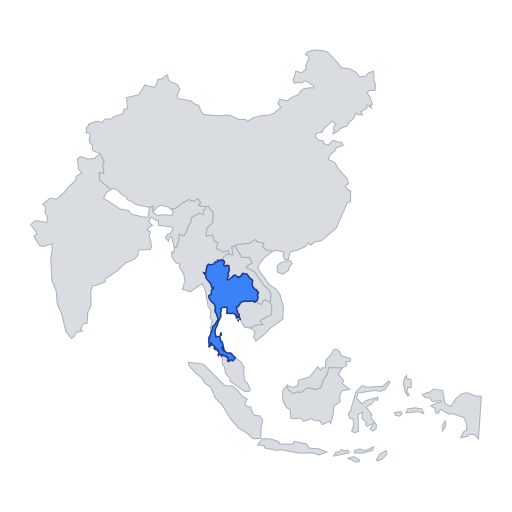 Thailand and the surrounding countries
{"feature_id": "THA", "entity_name": "Thailand", "entity_type": "country or territory", "adm_level": 0, "iso_a3": "THA", "parent_name": "Asia", "parent_adm1": "", "projection": "orthographic", "projection_center": [100.709, 13.031], "detail": "fine", "context": "with_neighbors", "style": "filled", "palette": "blue", "viewbox_px": 512, "rotation_deg": 0, "n_neighbors": 8, "source": "natural_earth", "source_scale": "50m", "svg_char_len": 15522}
<svg xmlns="http://www.w3.org/2000/svg" viewBox="0 0 512 512"><path d="M481.3,396.2L478.5,439.0L474.4,434.6L469.1,434.2L467.6,436.3L460.7,437.7L463.5,432.0L467.1,429.6L466.2,422.8L463.9,417.7L453.5,413.9L448.8,414.1L440.5,409.2L438.7,412.7L436.4,413.6L435.2,411.4L435.2,408.5L430.9,405.9L437.2,402.6L441.4,402.1L440.9,400.4L432.4,401.6L430.1,398.0L424.8,397.4L422.3,394.4L430.4,391.8L433.4,389.1L442.7,390.6L445.0,403.5L450.8,406.6L455.7,398.7L462.2,393.7L467.1,392.8L475.6,396.0L481.3,396.2ZM386.3,450.7L386.8,453.8L382.4,459.0L376.9,460.9L376.2,460.2L379.9,453.9L386.3,450.7ZM442.5,430.9L442.2,426.0L444.7,421.1L445.9,422.9L445.7,426.0L442.5,430.9ZM342.2,367.9L338.5,374.3L343.5,380.4L342.4,383.6L349.8,389.4L342.0,390.7L339.8,395.5L340.1,401.5L333.7,406.5L333.4,413.2L330.7,423.5L329.8,421.2L322.2,424.6L319.6,420.7L314.8,420.6L311.5,418.7L303.4,421.4L301.0,418.3L290.9,418.3L290.0,409.4L286.6,407.7L283.3,402.1L282.4,396.2L283.1,389.9L287.2,385.3L288.3,389.8L293.0,393.4L297.4,391.9L301.7,392.2L305.7,388.6L308.9,387.8L315.3,389.4L320.7,387.7L324.1,378.1L326.6,375.5L328.8,367.6L342.2,367.9ZM415.2,407.8L421.8,408.9L423.8,413.7L418.8,411.6L406.1,412.8L407.7,408.9L415.2,407.8ZM399.8,416.1L395.5,415.4L394.4,412.6L400.7,411.6L402.1,413.7L399.8,416.1ZM406.5,375.4L407.0,379.0L410.6,379.2L411.3,381.9L411.0,387.8L407.8,387.5L406.9,391.7L409.4,395.0L407.7,396.0L405.2,392.0L403.4,383.6L404.5,378.1L406.5,375.4ZM367.1,387.2L382.6,386.4L388.8,380.9L389.9,382.3L384.9,389.5L380.1,391.3L374.0,390.5L357.6,393.2L356.6,398.4L362.4,403.9L365.9,400.6L377.9,397.2L377.4,400.4L374.6,399.6L371.8,403.8L366.1,406.9L372.0,414.9L370.8,417.3L376.3,424.4L376.1,428.7L372.6,431.0L370.2,428.9L373.5,423.2L367.1,426.3L365.6,424.6L366.5,422.0L361.9,418.5L362.5,412.0L358.2,414.4L358.5,431.5L354.4,432.7L351.7,431.0L353.7,424.8L352.9,418.5L350.1,418.7L348.2,414.3L350.9,409.7L355.2,394.0L356.6,391.1L362.1,385.6L367.1,387.2ZM356.2,462.1L347.9,458.3L354.0,456.6L359.4,460.0L358.9,461.8L356.2,462.1ZM363.5,450.5L367.8,449.7L373.6,446.8L372.5,450.5L362.8,453.1L354.3,453.0L354.4,450.7L359.6,448.9L363.5,450.5ZM343.7,451.0L347.7,450.1L349.2,452.8L333.6,456.0L336.0,452.1L339.6,451.8L341.4,449.4L343.7,451.0ZM278.8,441.7L279.7,444.0L292.7,444.2L294.2,441.4L306.7,444.0L309.0,448.1L318.9,448.8L326.9,452.1L319.3,455.0L312.1,452.8L299.1,453.1L280.1,449.6L277.3,450.5L264.9,448.1L263.8,445.4L257.5,445.0L262.3,438.7L270.6,438.9L278.8,441.7ZM250.9,407.1L252.0,411.7L254.4,415.4L259.5,415.9L262.8,420.0L261.0,428.3L260.7,438.4L253.1,438.7L247.3,433.3L238.5,428.0L230.4,418.7L221.7,404.3L215.6,398.7L211.1,387.6L204.9,383.2L201.3,377.4L196.1,373.5L189.0,365.8L188.4,362.3L203.4,364.2L225.1,385.8L232.2,385.9L238.0,390.5L242.0,396.1L247.2,399.1L244.5,404.6L248.4,406.9L250.9,407.1Z" fill="#d9dde1" stroke="#a8b0b8" stroke-width="1"/><path d="M238.3,316.5L236.6,308.2L240.9,302.4L249.5,301.0L255.8,301.9L261.3,304.5L264.2,299.6L270.2,302.0L271.9,306.6L271.3,314.9L260.1,320.5L263.1,324.6L256.0,325.2L250.2,328.1L244.5,327.2L238.3,316.5Z" fill="#d9dde1" stroke="#a8b0b8" stroke-width="1"/><path d="M270.2,302.0L264.2,299.6L261.3,304.5L255.8,301.9L257.9,298.7L258.0,292.9L252.6,287.0L252.0,280.2L246.9,274.6L241.9,274.2L240.7,276.6L236.8,276.9L234.8,275.7L227.9,279.8L227.8,273.6L229.3,266.4L224.9,266.1L224.6,261.9L221.8,259.8L223.2,257.3L228.6,252.9L229.2,254.5L232.7,254.6L231.6,246.8L234.9,245.8L241.7,257.4L249.7,257.3L252.3,263.3L248.2,265.1L246.4,267.6L254.3,271.6L264.3,285.6L269.4,290.3L271.2,295.1L270.2,302.0Z" fill="#d9dde1" stroke="#a8b0b8" stroke-width="1"/><path d="M221.8,259.8L214.2,264.3L209.7,264.6L206.6,272.0L203.8,273.2L213.6,288.9L211.1,294.9L208.8,296.2L214.8,305.2L215.4,312.2L218.0,318.6L211.0,332.0L210.3,326.9L212.5,321.6L210.2,317.5L210.8,310.0L208.1,306.4L205.0,289.4L202.2,283.6L190.2,291.8L182.4,289.4L185.0,280.9L183.8,274.4L179.0,266.4L179.9,263.9L176.2,262.9L171.9,257.2L171.8,251.7L173.9,252.8L174.3,247.9L177.5,246.4L177.0,243.5L178.6,241.2L179.2,234.2L184.0,235.9L187.0,230.4L187.5,227.1L191.2,221.5L191.2,217.7L199.3,213.2L203.6,214.5L203.3,210.3L205.4,209.1L205.1,206.6L208.6,206.2L210.6,210.1L213.2,211.7L213.0,222.4L207.0,228.0L206.0,236.0L212.7,234.9L214.1,241.2L218.1,242.5L216.2,248.2L223.7,252.0L228.4,250.0L228.6,252.9L223.2,257.3L221.8,259.8Z" fill="#d9dde1" stroke="#a8b0b8" stroke-width="1"/><path d="M250.2,328.1L256.0,325.2L263.1,324.6L260.1,320.5L271.3,314.9L271.9,306.6L270.2,302.0L271.2,295.1L269.4,290.3L264.3,285.6L254.3,271.6L246.4,267.6L248.2,265.1L252.3,263.3L249.7,257.3L241.7,257.4L234.9,245.8L238.3,244.1L249.6,243.3L254.9,239.5L258.0,242.0L263.9,243.1L263.0,247.1L266.2,249.8L272.6,251.4L264.4,257.5L259.2,264.1L257.9,268.8L269.5,284.8L275.6,288.9L279.9,294.3L283.4,307.0L282.8,319.2L269.8,328.6L264.4,334.4L256.0,341.0L253.4,336.6L255.3,331.9L250.2,328.1Z" fill="#d9dde1" stroke="#a8b0b8" stroke-width="1"/><path d="M205.1,206.6L205.4,209.1L203.3,210.3L203.6,214.5L199.3,213.2L191.2,217.7L191.2,221.5L187.5,227.1L187.0,230.4L184.0,235.9L179.2,234.2L178.6,241.2L177.0,243.5L177.5,246.4L174.3,247.9L171.6,237.0L169.9,237.0L168.6,241.3L165.4,237.6L167.6,233.9L170.4,233.6L173.6,227.9L170.1,226.7L158.6,225.4L158.5,220.7L155.6,220.2L151.1,217.1L148.5,221.6L152.5,225.3L148.5,227.7L146.9,230.0L150.5,232.0L149.1,236.1L150.8,241.3L151.4,246.9L150.3,249.4L138.2,250.1L138.1,255.2L134.4,259.1L125.0,263.2L117.2,270.8L105.4,278.8L105.1,281.9L96.0,285.4L93.0,285.5L90.7,290.6L91.1,305.4L87.9,311.7L87.0,323.4L83.7,323.5L80.5,328.5L82.3,330.9L76.4,332.3L74.0,336.8L71.4,338.5L65.9,331.5L61.8,314.4L57.3,304.0L56.1,290.8L51.9,280.8L50.8,258.3L52.1,250.1L52.1,243.6L43.2,246.7L39.4,245.3L33.8,236.2L36.9,234.1L35.8,231.3L30.7,224.7L35.3,220.7L47.2,222.3L47.3,216.5L45.0,212.7L45.6,207.5L42.9,204.1L50.4,197.9L56.4,199.2L63.7,193.0L68.6,186.8L75.3,180.8L76.4,176.2L81.8,173.0L78.4,169.3L77.4,159.0L80.7,156.6L88.0,159.0L94.0,158.6L100.4,153.8L104.2,161.7L102.5,166.9L104.0,170.4L103.1,173.7L99.4,172.4L99.4,179.7L110.9,189.5L106.8,192.2L103.5,198.2L120.5,209.1L128.4,210.5L131.4,214.1L143.0,217.0L148.0,217.2L149.4,207.4L153.1,206.2L153.1,212.8L158.4,215.6L162.3,214.7L172.3,215.3L173.1,211.3L170.8,209.0L175.7,208.4L181.5,203.6L188.7,199.5L193.6,201.3L198.0,198.6L200.7,202.8L198.5,205.5L205.1,206.6Z" fill="#d9dde1" stroke="#a8b0b8" stroke-width="1"/><path d="M282.9,274.1L277.5,272.1L277.0,266.2L280.1,263.0L287.0,260.8L290.7,260.9L292.2,263.4L289.6,266.6L288.3,270.6L282.9,274.1ZM123.4,112.8L124.0,109.3L127.7,108.1L126.4,97.6L138.8,94.9L144.8,84.9L153.3,87.4L156.4,84.9L157.9,79.3L161.7,79.0L165.9,75.5L167.7,75.1L168.1,79.1L171.3,82.2L177.4,84.6L179.9,89.3L177.0,96.0L178.4,98.6L190.4,100.8L195.9,104.6L198.9,105.4L200.8,110.9L203.5,114.5L219.5,115.9L226.3,115.0L231.3,115.9L239.0,119.5L245.2,119.4L247.6,121.3L253.3,117.9L261.4,115.6L268.9,115.2L274.5,112.9L280.8,107.4L277.8,103.3L279.7,99.4L287.6,100.7L291.7,97.4L298.4,94.7L300.9,90.7L303.7,88.9L310.1,87.7L313.8,88.0L313.7,86.0L308.5,82.3L304.5,80.8L301.7,83.1L297.0,82.5L294.7,83.4L293.0,81.2L295.8,71.1L301.5,72.8L306.4,68.9L305.6,66.6L307.5,60.6L309.1,58.7L308.1,55.8L305.4,54.7L307.7,51.8L312.2,50.5L317.2,49.9L323.5,50.9L327.7,52.4L337.7,62.7L341.5,67.8L349.2,68.7L355.6,72.0L359.7,76.9L365.7,76.1L368.0,73.4L373.5,70.9L374.1,76.1L373.6,78.4L375.3,84.7L375.1,90.5L369.7,90.2L367.0,92.7L370.2,97.5L372.4,104.4L370.2,104.9L371.4,107.9L367.2,104.8L366.7,108.3L360.7,111.7L362.5,114.7L358.5,114.9L355.7,113.3L353.9,117.9L349.7,121.7L346.9,126.0L340.6,128.4L337.7,131.6L332.7,133.7L334.7,130.6L333.0,128.4L335.8,123.9L332.4,121.0L324.1,128.2L321.9,132.3L317.0,133.0L315.0,136.1L318.5,140.1L323.0,140.8L323.8,143.6L328.3,145.1L333.1,140.2L338.2,142.2L341.5,142.1L343.2,145.3L336.3,147.7L334.6,151.2L330.1,154.8L328.3,159.5L334.8,162.5L338.2,168.7L347.4,178.9L348.3,183.8L345.1,185.9L347.1,189.2L350.8,191.0L350.4,201.8L347.4,202.6L336.5,227.7L321.2,240.8L314.3,242.0L310.8,245.2L308.4,243.1L305.2,246.7L296.7,250.5L290.1,251.8L288.4,259.2L284.8,259.7L282.9,254.8L284.2,252.1L275.6,250.2L272.6,251.4L266.2,249.8L263.0,247.1L263.9,243.1L258.0,242.0L254.9,239.5L249.6,243.3L238.3,244.1L231.6,246.8L232.7,254.6L229.2,254.5L228.4,250.0L223.7,252.0L216.2,248.2L218.1,242.5L214.1,241.2L212.7,234.9L206.0,236.0L207.0,228.0L213.0,222.4L213.2,211.7L210.6,210.1L208.6,206.2L205.1,206.6L198.5,205.5L200.7,202.8L198.0,198.6L193.6,201.3L188.7,199.5L181.5,203.6L175.7,208.4L170.8,209.0L168.3,207.1L161.0,205.1L157.6,206.7L153.1,211.5L153.1,206.2L149.4,207.4L136.0,204.5L131.6,201.3L127.3,199.7L125.8,196.4L122.7,195.2L117.7,190.5L113.5,188.1L110.9,189.5L99.4,179.7L99.4,172.4L103.1,173.7L104.0,170.4L102.5,166.9L104.2,161.7L100.4,153.8L92.6,150.4L92.4,145.4L89.5,142.1L89.2,140.3L90.4,134.3L87.9,132.6L86.1,133.0L86.7,127.2L88.5,126.0L88.3,124.5L93.7,122.1L97.4,121.3L102.2,122.6L105.2,119.0L111.5,118.9L113.9,116.6L122.4,114.1L123.4,112.8Z" fill="#d9dde1" stroke="#a8b0b8" stroke-width="1"/><path d="M221.3,356.0L222.5,354.7L228.1,357.7L228.7,361.3L233.2,360.4L235.4,357.6L241.1,362.3L244.0,366.9L243.7,374.6L244.9,381.0L247.3,382.8L250.0,388.8L249.9,391.1L245.0,391.6L230.3,381.3L229.5,377.8L225.5,373.3L224.6,367.6L222.1,363.9L222.8,358.9L221.3,356.0ZM342.2,367.9L328.8,367.6L326.6,375.5L324.1,378.1L320.7,387.7L315.3,389.4L308.9,387.8L305.7,388.6L301.7,392.2L297.4,391.9L293.0,393.4L288.3,389.8L287.2,385.3L292.2,387.4L297.4,386.0L298.7,380.2L309.7,376.9L317.7,366.8L320.8,370.2L322.2,367.8L325.3,367.8L325.9,360.0L330.8,354.9L334.0,349.4L336.7,349.2L340.2,352.4L340.6,355.4L350.5,358.6L350.1,361.3L345.7,362.0L346.9,365.3L342.2,367.9Z" fill="#d9dde1" stroke="#a8b0b8" stroke-width="1"/><path d="M221.8,260.5L221.8,260.9L221.9,261.0L222.1,260.8L222.4,260.4L222.7,260.1L223.1,260.0L223.4,260.4L223.8,261.0L224.2,261.4L224.4,261.5L224.5,261.8L224.5,262.1L224.4,262.7L223.6,264.4L223.7,265.1L224.3,265.8L225.1,266.1L225.8,266.0L226.3,265.8L226.6,265.5L226.9,265.4L227.3,265.4L228.5,265.6L228.9,265.8L228.9,266.2L228.8,267.3L229.0,268.1L229.3,268.9L229.4,269.7L228.6,272.2L227.9,273.1L227.8,273.4L227.9,273.6L228.4,274.5L228.5,274.9L228.5,275.4L228.3,276.2L226.9,279.3L227.2,279.6L228.2,280.0L228.6,279.9L230.3,278.4L231.2,277.7L232.0,277.2L232.4,276.7L232.6,276.2L232.9,276.0L233.3,276.1L233.7,275.9L234.3,275.2L234.7,275.0L235.1,275.0L235.6,275.4L236.4,276.1L237.1,276.5L237.7,276.6L238.0,276.9L238.0,277.3L238.2,277.5L238.4,277.6L238.6,277.6L238.5,277.4L238.8,277.1L239.4,276.8L240.0,276.5L240.6,276.5L241.0,276.2L241.2,275.4L241.6,274.8L241.9,274.6L242.4,274.4L242.5,274.2L242.3,274.0L242.3,273.8L242.5,273.5L243.0,273.4L243.8,273.5L244.8,273.7L245.8,274.1L246.5,274.3L246.9,274.1L247.5,274.8L248.5,276.4L249.4,277.5L250.1,278.3L250.8,278.9L251.6,279.4L252.2,279.9L252.7,281.0L252.3,282.6L252.3,283.9L252.3,285.5L252.8,286.8L253.7,287.6L254.2,288.3L254.4,288.9L255.0,289.3L256.3,289.7L256.8,290.0L256.6,290.3L256.6,290.7L256.7,291.1L257.2,291.4L257.8,291.7L258.2,292.0L258.4,292.3L258.4,292.8L258.2,293.4L258.0,294.0L257.6,294.3L257.4,295.0L257.5,295.9L257.8,296.5L257.9,297.3L257.7,297.9L257.6,299.6L257.4,300.1L257.1,300.5L256.6,300.9L255.4,301.4L254.8,302.2L254.5,302.2L254.3,302.0L254.2,301.8L254.1,301.3L253.5,301.0L252.8,300.8L250.4,301.3L249.1,301.1L247.5,301.4L245.9,301.3L244.9,301.0L244.6,301.0L243.8,301.3L242.3,301.6L241.2,302.2L240.3,303.0L240.1,303.6L239.2,305.1L238.4,305.9L237.9,306.3L238.1,306.6L238.0,306.8L236.5,307.0L236.4,307.2L236.5,308.9L236.7,309.6L237.4,310.8L237.6,312.1L237.7,313.2L238.6,313.8L239.4,314.8L239.1,316.0L239.3,317.2L240.7,319.8L240.3,319.3L239.7,318.5L239.5,317.7L238.8,316.8L238.3,316.4L238.0,317.0L236.6,316.1L236.1,315.1L235.9,315.5L235.2,314.7L234.5,314.1L233.6,313.7L233.2,313.4L232.5,313.1L230.6,313.6L228.2,313.2L227.3,313.5L226.9,313.3L226.7,312.9L226.9,312.2L226.9,310.7L227.2,309.6L227.1,308.8L227.3,307.9L226.9,307.7L225.3,307.3L224.9,307.0L224.5,307.4L222.4,307.6L221.7,307.9L221.0,308.5L220.8,309.2L221.2,309.7L221.4,310.6L220.7,312.5L220.6,313.1L220.9,315.4L220.8,316.6L220.4,317.5L219.7,318.3L219.5,319.6L219.0,320.2L218.3,321.5L217.8,323.2L217.5,324.0L217.3,325.5L215.9,327.7L215.6,328.9L215.1,329.4L215.3,329.8L215.3,330.4L215.1,333.4L215.3,334.2L215.9,335.6L215.8,336.1L215.7,336.7L216.2,337.0L216.6,337.0L218.9,336.4L219.7,336.5L220.1,337.7L220.5,340.8L220.7,341.4L221.7,342.5L221.8,342.4L221.9,341.9L222.3,342.5L222.7,343.6L223.9,349.3L224.5,350.7L223.8,350.4L223.6,349.1L223.4,348.6L223.1,348.5L222.7,348.5L222.7,348.3L223.0,347.9L222.9,347.4L222.5,347.0L221.8,347.3L221.9,348.2L222.2,348.9L223.3,350.4L223.7,351.0L224.1,351.2L224.8,351.1L226.2,352.3L227.7,353.2L228.7,353.1L229.7,352.9L230.4,353.0L231.0,353.2L231.8,354.0L233.1,355.9L235.2,357.5L234.9,357.9L234.9,358.5L234.0,359.3L233.9,359.7L233.6,360.3L233.0,360.7L232.6,360.7L232.3,360.7L232.1,360.5L231.7,360.0L231.4,359.8L229.4,360.6L228.9,361.4L228.6,361.6L228.4,361.6L227.5,360.7L227.6,360.2L228.1,359.5L228.2,358.9L228.1,358.0L228.0,357.5L227.5,357.4L226.7,357.5L226.4,356.9L226.2,356.2L225.9,356.0L225.7,355.9L225.1,356.1L223.1,355.4L222.5,354.5L222.2,354.4L222.0,354.5L221.9,354.8L221.7,355.8L221.6,356.1L219.8,354.0L218.7,353.1L218.8,351.6L218.5,351.2L218.0,351.2L217.7,350.8L218.0,349.8L217.5,350.0L216.9,350.0L216.4,349.7L216.0,348.4L215.7,348.0L215.2,347.3L214.4,347.3L214.2,347.0L214.3,346.2L213.7,345.6L213.1,345.2L212.5,345.0L211.9,343.6L211.1,343.0L210.5,343.2L210.3,343.7L210.0,344.1L209.6,344.1L209.2,343.8L208.7,342.4L208.7,341.6L208.8,340.1L209.4,338.7L209.7,336.5L210.2,335.1L210.5,334.6L211.0,332.7L212.0,330.3L212.3,329.2L212.4,328.6L212.5,327.7L212.4,327.0L212.6,326.7L214.2,325.3L215.3,324.0L217.3,320.5L217.5,320.4L217.9,320.0L218.2,319.5L218.2,319.3L217.6,317.2L217.2,316.5L216.7,314.5L216.8,314.0L216.6,313.7L216.1,313.3L215.6,312.7L215.3,311.7L215.3,311.2L214.9,310.7L214.8,310.2L215.3,309.3L215.3,307.5L215.1,305.9L214.3,304.3L213.7,303.6L211.3,301.5L209.2,298.3L208.9,297.2L208.7,296.0L208.8,295.6L209.1,295.4L209.5,295.2L209.8,295.1L210.6,294.6L211.2,294.6L211.3,294.5L211.3,294.3L211.3,293.2L211.3,291.7L211.6,289.8L213.1,288.9L213.4,288.5L213.5,288.1L213.5,287.7L213.4,287.5L213.2,287.3L212.2,288.1L212.0,287.9L211.6,286.6L210.9,285.1L210.8,284.0L210.6,283.4L209.4,282.2L206.4,278.5L205.9,277.7L206.1,276.8L206.0,276.1L205.6,275.1L205.4,274.5L205.4,274.3L205.2,274.2L204.7,274.3L204.3,273.8L203.8,272.7L204.5,272.9L205.1,272.7L206.1,272.4L206.3,272.1L206.0,269.9L206.1,269.5L206.7,268.6L206.6,267.6L206.8,266.3L207.4,265.4L207.9,265.0L208.1,264.3L208.3,264.2L208.7,264.2L209.6,264.7L210.4,264.8L211.2,264.7L213.0,264.2L214.0,264.2L214.4,263.6L214.7,262.4L214.8,262.2L215.0,262.0L215.4,261.9L215.8,261.9L216.4,262.1L216.7,262.1L217.5,261.9L217.7,261.6L217.8,261.4L217.7,260.9L217.4,260.3L217.5,260.2L218.7,260.5L219.2,260.5L219.6,260.3L220.3,259.8L220.7,259.8L221.8,260.5ZM209.9,346.0L209.8,346.5L209.5,346.5L209.2,346.8L208.9,345.8L209.2,344.4L209.3,344.2L209.5,344.6L210.1,344.8L209.8,345.6L209.9,346.0ZM221.3,334.5L221.3,334.9L221.1,335.3L220.5,335.6L220.3,335.2L220.4,334.7L220.5,334.5L221.1,334.6L221.3,334.5ZM237.2,317.9L237.2,318.0L236.9,317.9L236.8,318.0L236.4,317.9L236.2,317.0L236.2,316.8L236.5,316.8L236.9,317.3L237.2,317.9ZM218.4,355.6L218.1,355.0L218.4,354.2L218.7,355.2L218.4,355.6ZM211.1,345.8L210.7,344.6L211.2,345.0L211.1,345.8ZM221.3,333.7L221.2,333.8L221.0,333.6L220.8,333.4L220.7,333.1L221.1,333.1L221.3,333.4L221.3,333.7ZM214.5,348.2L214.6,349.0L214.4,348.8L214.2,348.5L214.2,347.9L214.5,348.2ZM238.4,320.0L238.3,320.7L238.0,320.4L238.0,320.1L238.2,319.9L238.4,320.0ZM209.2,338.1L208.9,338.2L209.0,337.6L209.3,337.9L209.2,338.1Z" fill="#3b82f6" stroke="#1e3a8a" stroke-width="1.5"/></svg>